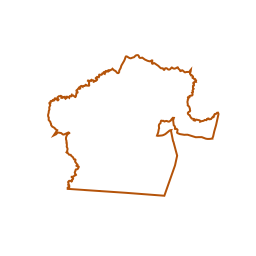 outline of Kibwezi West, Eastern, Kenya, rotated 315°
{"feature_id": "3690345B25425189689724", "entity_name": "Kibwezi West", "entity_type": "district", "adm_level": 2, "iso_a3": "KEN", "parent_name": "Kenya", "parent_adm1": "Eastern", "projection": "orthographic", "projection_center": [37.912, -2.311], "detail": "fine", "context": "isolated", "style": "outline", "palette": "amber", "viewbox_px": 256, "rotation_deg": 315, "n_neighbors": 0, "source": "geoboundaries", "source_scale": "gbopen_adm2", "svg_char_len": 5776}
<svg xmlns="http://www.w3.org/2000/svg" viewBox="0 0 256 256"><g transform="rotate(315 128 128)"><path d="M42.3,128.4L80.9,172.6L105.8,201.6L134.8,187.7L143.2,182.3L150.3,170.0L150.6,169.1L156.4,160.4L157.1,160.1L156.3,159.5L155.3,159.2L150.1,158.7L148.0,158.0L146.9,157.4L143.6,154.7L143.1,153.9L146.2,152.5L148.9,150.6L149.7,150.3L151.4,148.2L152.5,147.5L154.5,147.5L155.3,146.9L156.5,146.3L157.1,146.7L157.5,147.5L158.2,148.1L158.3,149.1L160.0,150.0L160.6,150.9L160.9,151.8L161.5,152.5L163.7,153.0L164.3,152.7L166.9,152.5L167.6,153.3L165.4,154.4L162.3,158.4L162.3,159.8L161.9,160.6L160.8,161.5L160.6,162.0L161.8,162.9L161.7,164.4L159.4,166.0L159.6,167.2L160.4,169.0L162.9,172.5L165.4,174.9L169.3,182.3L173.7,186.6L175.5,190.6L176.6,192.1L178.2,193.6L180.2,195.2L180.5,194.8L182.0,194.3L186.6,191.4L192.2,188.3L201.9,182.1L202.5,180.8L201.8,180.2L200.1,180.2L199.2,179.5L198.2,179.7L197.7,180.3L197.1,180.2L196.3,180.8L195.8,180.7L195.5,180.4L195.6,180.1L195.3,180.1L193.1,180.4L191.8,179.5L191.5,179.0L191.7,178.3L191.4,177.9L190.6,178.1L190.1,177.5L189.5,177.8L188.9,177.8L188.0,176.6L186.5,176.3L184.7,175.1L183.5,174.6L184.1,173.9L184.0,173.1L182.1,170.2L181.7,170.1L181.0,170.3L180.6,170.2L180.0,169.1L180.8,168.9L181.1,168.5L179.7,166.3L180.1,163.9L180.7,162.7L180.3,161.4L180.4,160.4L180.9,159.7L181.3,159.6L182.2,159.5L183.4,160.0L184.1,159.8L184.2,159.5L185.4,158.1L186.2,156.5L186.4,155.7L186.2,154.8L186.3,154.1L187.1,153.5L188.1,152.0L189.0,151.1L189.6,150.9L190.5,150.1L191.3,150.0L191.9,148.8L192.4,148.7L193.2,149.7L193.5,149.6L194.2,148.9L195.6,149.7L196.0,150.2L197.1,150.2L198.0,149.2L198.3,148.3L199.0,148.6L199.4,148.5L199.9,148.0L199.8,147.6L200.2,147.1L201.5,146.6L201.8,146.8L202.2,146.6L202.1,145.8L202.9,144.9L203.8,144.2L204.3,144.6L205.0,144.4L205.2,143.9L205.7,143.5L205.5,143.3L205.6,142.9L206.0,142.8L206.1,142.3L206.6,142.2L208.0,142.7L208.2,143.0L208.6,143.0L208.8,143.3L209.0,143.0L209.5,142.7L209.3,142.4L210.0,141.5L210.0,140.9L209.4,140.8L209.5,139.3L209.1,138.3L209.5,137.7L210.2,137.7L210.4,137.5L210.3,136.7L210.4,135.4L209.8,135.2L210.2,133.5L210.8,132.9L212.0,132.5L213.7,131.2L212.6,131.3L211.9,131.6L210.8,131.5L209.2,129.9L207.7,129.0L207.5,128.5L207.3,125.7L206.9,125.3L205.9,125.2L205.3,124.8L205.4,124.1L205.7,123.6L205.6,121.5L206.1,120.5L205.9,120.1L203.6,119.4L202.8,118.9L202.3,118.2L202.0,117.4L201.9,116.5L201.6,116.1L199.5,116.2L198.7,116.0L198.2,115.6L197.8,115.0L197.6,113.2L197.1,112.5L196.3,112.1L195.1,112.5L194.6,112.4L194.5,111.8L194.8,110.4L193.6,109.1L193.4,107.8L193.4,105.6L192.5,100.8L192.1,100.3L190.9,100.1L190.6,99.5L191.0,98.6L192.5,97.9L192.9,97.4L192.6,97.0L191.2,96.6L190.3,96.0L189.3,94.2L188.3,91.4L187.9,88.7L187.8,88.3L186.7,87.6L185.9,86.6L185.9,85.9L186.6,84.5L186.6,83.7L186.0,82.9L184.7,82.2L182.3,82.2L180.9,81.4L179.3,80.7L178.8,80.1L178.4,79.2L177.8,76.7L177.3,76.0L176.4,76.1L174.3,77.2L172.7,77.8L167.4,79.2L165.2,80.4L162.4,81.2L161.3,82.2L160.1,82.4L159.6,82.0L159.3,81.3L159.5,78.7L159.1,78.0L158.9,76.6L158.9,75.1L157.8,75.2L157.0,74.8L156.3,74.7L155.7,73.9L154.9,74.3L153.7,74.0L153.6,73.6L154.2,73.1L153.1,72.7L152.6,72.0L152.1,72.0L151.6,72.8L151.3,72.8L150.9,71.7L150.5,71.4L150.2,71.4L149.9,71.8L150.0,72.1L150.3,72.2L150.3,72.4L150.0,73.2L149.8,73.3L149.5,72.3L148.6,71.3L148.3,71.2L147.7,71.6L147.0,71.7L146.6,71.4L145.5,70.0L144.9,70.1L144.2,71.2L143.2,71.5L142.3,70.0L140.9,69.9L140.5,69.9L140.2,70.3L140.7,71.6L140.5,71.9L139.9,72.1L138.4,71.9L137.6,71.0L137.0,71.3L136.4,71.0L137.1,69.8L136.5,69.1L136.4,68.2L135.7,68.0L135.1,68.5L134.9,68.3L133.6,66.7L133.4,66.2L133.0,66.3L133.1,67.1L132.6,68.5L131.4,69.3L130.9,69.8L130.9,70.3L130.4,70.5L130.1,70.3L128.8,68.8L128.9,68.1L128.7,67.5L128.4,67.4L127.9,67.7L127.3,67.7L126.9,67.5L126.0,66.5L125.7,66.4L125.1,66.8L124.8,65.4L124.2,65.3L124.0,65.0L123.2,65.2L122.5,64.8L122.0,65.1L122.5,65.9L122.1,66.3L121.4,66.0L121.3,64.9L119.7,65.1L118.2,65.0L117.8,65.2L118.0,66.4L117.4,67.3L117.1,67.3L116.3,66.8L113.8,68.6L112.7,68.9L112.5,68.6L112.3,66.3L111.4,65.7L111.7,64.8L111.1,64.9L110.9,65.6L110.4,65.5L110.3,65.1L109.7,64.8L109.3,64.3L107.8,65.1L107.7,64.3L107.2,63.0L106.9,62.7L106.7,62.9L106.6,63.4L104.5,63.1L104.6,62.3L105.3,61.9L105.4,61.3L104.2,60.4L103.8,60.3L103.2,60.5L102.5,60.0L102.3,59.6L103.0,59.5L103.5,58.9L103.3,57.9L103.0,57.6L102.7,57.7L101.5,56.6L100.0,56.5L99.2,57.3L99.0,58.8L98.3,59.0L97.9,58.7L98.4,57.9L98.3,57.6L97.8,57.6L97.5,57.0L98.1,56.5L97.4,55.4L96.3,55.6L95.7,56.0L95.2,55.3L94.6,55.0L94.3,55.1L94.4,55.8L93.8,55.5L92.5,54.4L92.2,54.4L91.6,55.1L91.0,55.4L90.6,54.7L90.1,54.7L89.7,55.2L89.3,56.6L88.9,57.1L87.9,57.3L86.7,57.9L85.6,59.3L84.0,60.0L82.7,61.1L80.8,62.2L80.3,62.7L79.6,63.6L79.4,64.5L77.6,66.2L77.4,68.7L76.8,69.7L76.5,70.7L75.8,71.4L75.6,72.0L75.4,73.4L76.1,76.0L75.9,77.6L76.1,78.2L76.0,78.8L76.3,79.1L76.4,79.5L70.2,80.7L72.8,81.6L74.6,81.5L75.3,81.7L77.1,84.2L77.4,86.5L77.6,86.9L78.3,87.4L82.7,89.0L83.0,89.9L82.9,90.1L81.1,89.7L80.2,89.8L78.8,90.2L77.2,91.1L76.2,92.1L75.2,93.9L74.5,94.4L74.4,94.9L73.8,95.2L73.6,95.9L71.9,97.6L71.4,97.9L70.8,99.6L70.1,100.4L69.0,101.0L68.7,101.5L67.3,101.7L67.4,102.8L67.7,103.1L67.5,105.3L68.5,106.5L68.2,107.4L68.4,109.8L67.7,111.9L67.7,112.2L68.4,112.8L68.4,113.3L67.7,113.9L66.8,114.4L66.3,117.6L66.4,118.1L65.5,118.6L64.9,118.5L65.1,119.5L65.8,120.0L65.7,120.7L63.9,121.4L62.6,121.1L62.0,120.5L61.0,120.7L60.4,121.2L59.0,121.7L58.8,122.0L58.2,123.2L58.3,123.8L58.1,124.4L57.4,124.3L57.1,123.8L55.1,123.8L53.7,122.7L53.4,123.0L53.7,124.0L53.4,125.0L53.0,125.2L51.8,125.0L51.2,125.8L50.6,126.0L50.2,125.9L50.0,124.8L49.1,123.8L48.5,123.7L47.4,123.9L47.3,124.6L46.7,125.2L45.8,125.6L45.6,125.9L46.0,126.5L46.0,126.8L44.8,128.2L44.6,128.3L44.2,127.6L43.5,128.1L43.0,127.7L42.3,128.4Z" fill="none" stroke="#b45309" stroke-width="2"/></g></svg>